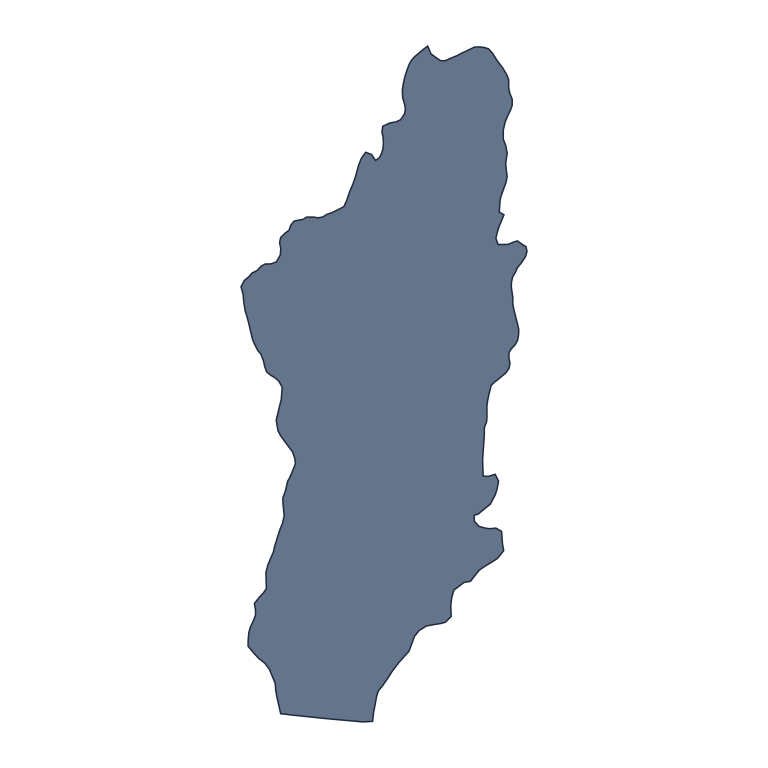 Concórdia do Pará, Pará, Brazil
{"feature_id": "56859067B40918846221994", "entity_name": "Concórdia do Pará", "entity_type": "district", "adm_level": 2, "iso_a3": "BRA", "parent_name": "Brazil", "parent_adm1": "Pará", "projection": "natural_earth1", "projection_center": [-47.969, -1.877], "detail": "fine", "context": "isolated", "style": "filled", "palette": "slate", "viewbox_px": 768, "rotation_deg": 0, "n_neighbors": 0, "source": "geoboundaries", "source_scale": "gbopen_adm2", "svg_char_len": 3137}
<svg xmlns="http://www.w3.org/2000/svg" viewBox="0 0 768 768"><path d="M280.7,713.7L293.2,715.2L326.0,718.6L362.7,721.9L372.6,721.4L373.6,712.3L375.1,704.8L376.6,696.4L378.3,690.9L382.4,686.0L385.2,682.0L387.8,678.3L392.0,671.6L398.7,662.7L409.0,651.2L412.2,642.6L414.6,636.1L419.3,630.4L426.2,626.1L433.2,624.7L441.3,623.4L445.4,622.2L451.2,616.5L450.8,605.6L451.7,597.9L453.8,590.2L463.9,582.5L470.5,581.3L476.3,573.8L479.1,570.3L484.9,566.2L490.9,562.7L497.5,558.4L503.7,550.7L502.5,543.8L501.6,531.4L495.9,528.1L489.8,528.7L485.3,528.1L479.1,526.4L474.4,521.2L474.2,515.2L478.1,514.1L484.8,508.6L490.4,504.1L495.2,494.9L496.9,489.7L498.6,481.3L495.2,474.3L488.1,476.4L483.2,476.1L482.6,459.7L483.4,448.5L484.3,435.4L484.4,427.5L486.6,421.7L487.0,417.0L486.9,406.1L487.7,400.1L488.8,395.0L491.1,385.5L494.3,382.2L497.7,379.8L501.8,376.3L505.7,373.1L509.1,368.2L510.0,363.2L508.9,358.2L509.1,352.2L511.5,348.6L514.9,345.1L517.5,340.6L518.5,335.6L518.8,329.7L517.5,324.0L513.8,309.3L512.8,303.4L512.8,297.4L511.3,286.8L511.5,282.1L512.6,277.0L515.5,272.1L517.3,267.9L521.4,262.9L525.5,256.7L527.0,251.5L526.0,246.6L522.2,244.4L517.4,240.9L513.0,242.3L508.0,244.4L498.0,244.5L495.9,238.2L497.1,232.9L499.3,226.0L504.0,214.8L499.3,212.1L499.9,202.4L500.6,197.7L502.1,193.2L505.9,182.8L507.2,176.4L506.3,170.4L505.7,163.2L507.2,153.3L505.7,145.4L503.3,139.2L503.3,130.2L505.1,122.1L507.8,115.6L510.4,110.4L512.2,105.4L512.2,99.2L509.7,93.0L508.7,87.6L508.7,79.8L506.6,74.4L502.9,68.2L497.1,60.5L492.5,53.2L488.5,48.8L484.3,47.5L479.5,46.9L474.4,47.1L465.8,51.3L462.0,53.0L457.4,55.5L451.3,58.0L445.2,60.7L440.9,60.8L436.6,58.0L430.9,53.8L427.7,46.1L424.0,48.8L419.7,52.4L414.6,56.7L411.3,60.5L409.2,64.3L407.2,69.5L405.1,75.9L403.5,82.6L402.3,90.1L402.7,98.0L404.5,103.9L405.4,109.1L404.5,114.0L400.5,119.8L396.1,121.8L389.8,123.0L382.8,126.2L381.9,132.1L383.1,136.9L383.4,143.0L383.0,148.7L381.5,153.5L379.2,158.0L375.5,160.4L371.5,154.4L365.7,152.3L361.4,158.2L358.6,165.2L355.4,176.9L353.0,183.8L350.0,190.8L346.4,201.1L343.8,206.7L339.1,209.1L331.6,212.8L327.0,214.3L322.8,217.0L318.3,217.8L313.6,217.1L306.7,217.1L303.3,219.3L299.2,220.0L294.0,221.1L290.7,225.4L289.1,230.2L285.1,233.1L280.6,237.6L279.6,242.9L280.8,248.5L280.3,255.0L276.3,261.9L271.1,263.9L265.3,264.0L261.5,265.9L257.2,270.4L251.8,273.2L249.1,276.5L244.3,280.5L241.0,286.8L243.0,293.8L243.6,300.1L244.3,305.6L245.1,310.8L247.1,317.1L248.6,322.8L250.7,331.8L252.7,339.9L254.6,344.3L257.8,350.5L261.0,354.3L263.4,360.7L264.7,366.5L266.6,371.9L270.5,375.1L275.4,378.1L278.8,381.2L282.2,387.2L281.2,399.9L279.5,406.3L276.2,420.3L278.0,430.8L280.6,435.7L283.3,439.5L292.6,452.0L294.9,458.7L295.4,463.6L293.8,467.9L289.8,477.5L287.6,481.3L285.5,490.7L282.9,497.8L282.9,502.6L284.2,515.8L282.5,523.3L279.9,529.6L277.8,536.1L274.7,546.1L273.3,552.3L270.6,558.4L267.9,564.9L265.9,572.3L266.4,588.5L263.4,592.9L259.9,596.6L254.4,603.4L255.5,610.1L255.5,615.2L253.3,621.0L250.5,626.7L248.8,632.6L248.1,640.5L248.1,646.3L253.7,653.0L258.7,658.4L264.9,663.3L269.4,669.3L275.2,683.4L275.8,690.9L276.9,697.1L280.7,713.7Z" fill="#64748b" stroke="#1e293b" stroke-width="1.5"/></svg>